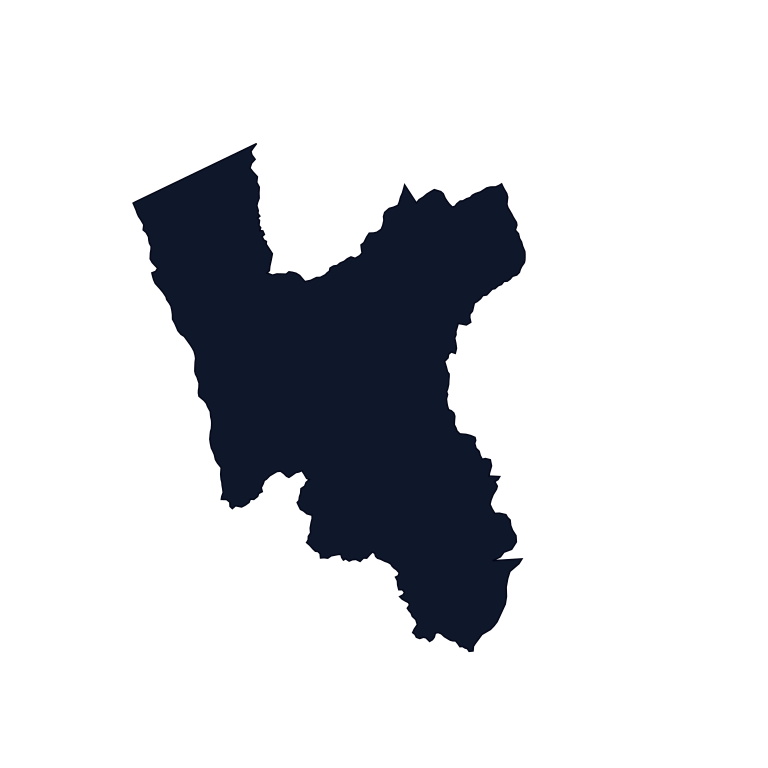 Goianésia, Goiás, Brazil (orthographic projection), rotated 332°
{"feature_id": "56859067B68977467938768", "entity_name": "Goianésia", "entity_type": "district", "adm_level": 2, "iso_a3": "BRA", "parent_name": "Brazil", "parent_adm1": "Goiás", "projection": "orthographic", "projection_center": [-49.163, -15.297], "detail": "fine", "context": "isolated", "style": "filled", "palette": "ink", "viewbox_px": 768, "rotation_deg": 332, "n_neighbors": 0, "source": "geoboundaries", "source_scale": "gbopen_adm2", "svg_char_len": 5499}
<svg xmlns="http://www.w3.org/2000/svg" viewBox="0 0 768 768"><g transform="rotate(332 384 384)"><path d="M429.0,250.4L427.2,255.0L426.2,258.0L422.8,259.3L417.5,259.5L414.5,256.3L410.4,256.2L406.6,257.0L401.8,256.6L398.3,257.4L394.8,256.1L390.8,256.3L388.7,258.8L386.2,259.1L383.5,260.0L381.0,260.0L377.8,260.0L374.4,258.3L367.9,258.1L362.2,256.4L360.5,248.6L358.3,244.9L355.2,242.1L352.7,240.3L349.2,241.1L341.0,236.5L336.7,235.6L332.7,231.0L336.0,230.1L338.3,226.6L342.7,221.4L346.6,216.6L345.6,205.3L347.1,202.9L345.5,200.5L345.5,196.6L348.6,195.8L348.9,191.9L346.4,190.3L348.5,188.1L348.0,185.3L350.9,181.1L350.2,178.2L353.2,177.5L352.7,174.1L354.4,171.9L355.4,166.9L357.5,164.4L361.0,161.3L363.2,156.7L366.3,151.6L366.3,146.2L369.5,141.6L367.9,135.4L367.0,130.5L370.7,126.9L375.7,125.1L374.9,119.8L375.7,116.2L379.0,114.4L384.4,111.9L250.0,106.5L247.4,106.5L246.8,114.1L246.3,117.0L246.0,120.9L246.4,124.2L246.7,130.6L243.7,134.9L245.1,138.4L245.2,143.5L243.8,146.9L243.0,149.6L243.0,153.3L241.3,156.1L239.3,158.7L236.3,163.8L236.4,168.0L237.4,171.7L238.5,175.5L235.2,177.4L231.2,176.9L230.3,180.4L229.6,183.7L229.3,187.8L231.0,194.7L231.9,199.1L232.5,204.6L231.8,207.5L232.4,211.7L232.5,215.2L231.4,219.2L229.9,223.3L227.7,227.6L227.8,232.3L227.4,237.1L227.1,240.2L228.1,244.9L230.0,248.2L231.4,258.3L231.7,262.3L231.7,265.9L230.7,270.2L229.7,273.0L227.5,276.1L224.8,280.7L223.0,283.9L222.2,286.8L222.2,290.2L221.7,292.8L221.1,296.5L219.0,300.2L217.2,302.6L215.9,304.9L214.9,308.0L217.4,314.1L218.1,317.7L217.7,320.9L217.7,324.2L217.7,326.8L215.6,331.7L214.8,334.9L213.6,337.5L212.3,339.8L210.6,342.5L208.6,344.5L206.8,347.1L204.3,351.0L202.9,354.8L201.5,359.5L201.4,362.9L201.1,366.7L199.7,371.7L199.9,375.7L201.0,381.4L197.4,387.1L195.5,391.6L194.7,394.8L193.5,397.5L192.5,400.6L191.1,404.3L188.0,407.1L186.2,409.5L190.8,412.1L192.4,416.0L190.6,419.8L191.6,422.8L195.8,421.8L200.5,425.7L204.5,425.8L209.2,425.2L211.9,422.9L214.9,424.8L219.7,423.9L221.9,421.8L226.0,421.9L226.9,417.9L230.3,415.5L233.0,413.0L235.6,412.8L239.9,411.4L248.4,411.0L251.8,412.4L253.6,416.2L254.6,419.6L256.2,421.8L259.5,421.5L264.5,420.8L267.6,421.7L270.8,421.9L271.2,425.8L271.4,431.0L273.2,433.4L269.0,434.3L266.0,437.0L261.6,437.4L259.0,441.5L256.5,443.8L254.2,447.0L251.7,447.9L251.5,451.7L251.4,455.5L253.4,458.4L255.0,462.4L256.9,464.2L258.9,466.1L257.4,469.1L254.8,472.0L251.2,476.6L249.3,481.0L245.7,483.0L243.9,486.1L241.2,487.7L242.7,491.4L243.9,496.4L244.9,499.4L247.1,501.0L247.9,503.9L246.3,507.8L249.5,509.2L252.6,511.4L256.7,510.9L263.8,513.1L266.0,514.3L265.2,517.3L265.5,520.4L268.1,520.3L270.1,524.0L273.6,524.3L276.9,525.7L279.6,529.4L284.2,528.0L287.0,529.7L291.6,527.9L295.1,526.9L296.3,529.3L295.7,532.3L296.5,534.8L298.8,537.1L301.7,541.1L303.8,543.3L305.5,546.1L305.7,548.8L306.5,551.3L307.8,553.8L308.8,557.9L306.5,560.0L303.5,559.9L303.5,564.0L301.7,567.9L300.5,572.6L303.7,574.3L304.2,577.7L301.9,579.1L298.0,579.1L299.0,582.4L301.1,585.8L303.1,588.6L302.7,591.2L299.3,592.9L299.6,595.9L300.4,598.8L299.9,602.5L301.5,607.0L300.5,612.1L295.6,614.7L292.6,617.0L293.8,619.6L293.7,622.8L296.1,625.5L299.9,626.1L301.9,627.8L303.4,632.7L306.8,632.5L309.6,631.1L312.3,628.1L315.1,628.8L317.4,631.5L318.7,635.4L322.2,641.2L324.1,643.0L326.6,644.4L327.4,648.5L327.7,651.6L330.1,652.6L331.5,655.0L333.4,656.9L333.6,660.0L337.3,661.5L339.8,657.6L342.8,655.9L347.3,653.8L352.9,651.1L362.8,650.7L367.7,649.1L372.3,647.0L387.7,635.3L392.3,629.2L396.5,620.7L402.0,613.7L407.2,608.6L418.8,606.0L423.7,603.2L396.7,590.9L405.7,591.3L410.9,588.8L419.1,589.9L426.7,585.6L429.3,579.9L428.8,573.4L429.4,568.5L431.5,563.3L430.4,559.8L430.3,556.6L425.3,552.3L421.1,550.3L420.8,545.0L421.1,540.0L424.0,536.7L428.3,533.0L433.9,529.7L436.1,527.4L436.0,522.2L439.8,521.9L442.7,520.1L433.5,514.6L435.3,512.2L440.5,506.8L442.3,500.8L438.5,497.4L435.4,496.6L435.4,492.3L436.4,488.0L435.1,484.0L436.2,479.0L438.5,476.8L439.3,473.9L436.3,470.2L432.9,467.1L427.5,463.6L426.4,459.5L426.9,456.5L426.9,453.0L428.6,450.1L431.4,445.7L432.0,442.4L430.9,439.3L429.0,437.0L429.6,433.7L430.4,431.0L432.1,426.5L435.2,423.2L435.7,420.1L437.9,418.2L440.8,414.8L442.8,411.4L444.9,408.1L446.2,405.7L445.8,403.1L447.0,398.2L448.1,392.5L452.8,391.0L454.9,388.1L458.4,387.3L461.3,390.4L464.7,386.6L466.4,382.1L468.0,376.6L470.7,374.4L472.3,371.1L474.5,369.0L477.9,365.4L481.0,367.7L484.4,370.5L489.6,370.2L490.9,365.6L492.6,362.7L496.3,361.2L501.8,354.9L505.0,354.9L509.4,354.0L512.7,352.3L516.5,353.6L520.9,352.1L524.1,351.0L526.7,351.9L531.2,350.8L534.4,351.3L538.0,349.7L541.2,351.1L544.7,350.6L548.0,349.2L552.4,350.1L555.9,349.0L558.1,346.8L560.5,345.0L564.9,342.7L566.5,340.8L567.9,338.4L569.4,335.6L570.5,333.2L570.8,330.4L571.1,327.3L572.1,323.2L572.0,319.1L573.3,314.4L572.2,309.8L575.9,306.1L576.8,303.4L576.4,297.0L576.5,294.0L576.2,286.3L576.9,283.0L580.9,277.1L581.8,273.5L581.6,268.6L581.6,265.9L581.8,262.5L579.0,262.7L575.1,262.4L570.6,260.1L566.7,259.1L563.3,259.4L559.4,259.7L554.1,258.8L550.6,258.8L547.7,259.9L543.9,259.2L539.7,259.4L537.1,258.2L532.8,259.1L530.2,260.4L527.4,259.9L526.1,255.8L525.6,252.9L525.2,248.8L525.6,243.8L524.5,240.8L522.4,238.7L519.7,236.0L515.9,236.1L511.0,236.4L506.6,237.4L501.6,237.7L497.6,239.4L495.7,217.9L493.8,220.0L490.0,224.0L486.4,226.8L482.8,230.7L480.2,232.8L475.4,232.4L471.0,231.4L465.2,232.8L462.2,235.9L460.8,239.4L457.4,243.4L454.2,246.1L449.0,246.7L445.7,245.8L441.8,243.9L437.7,246.1L432.6,249.8L429.0,250.4Z" fill="#0f172a" stroke="#020617" stroke-width="1.5"/></g></svg>